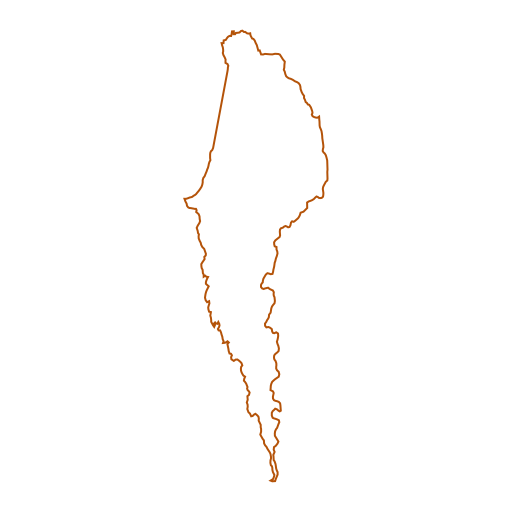 the district of Bandeirantes do Tocantins, Tocantins, Brazil
{"feature_id": "56859067B76010541703685", "entity_name": "Bandeirantes do Tocantins", "entity_type": "district", "adm_level": 2, "iso_a3": "BRA", "parent_name": "Brazil", "parent_adm1": "Tocantins", "projection": "equal_earth", "projection_center": [-48.669, -7.991], "detail": "fine", "context": "isolated", "style": "outline", "palette": "amber", "viewbox_px": 512, "rotation_deg": 0, "n_neighbors": 0, "source": "geoboundaries", "source_scale": "gbopen_adm2", "svg_char_len": 6050}
<svg xmlns="http://www.w3.org/2000/svg" viewBox="0 0 512 512"><path d="M184.5,198.8L185.4,201.4L186.6,203.6L187.0,205.8L188.2,207.4L189.4,208.0L190.8,208.1L192.3,208.4L193.5,208.6L194.7,208.9L196.0,208.9L196.6,210.2L196.2,212.0L197.4,213.0L198.7,214.2L199.5,216.3L199.7,219.1L200.1,221.1L199.3,223.2L197.8,225.5L196.7,227.9L197.7,230.9L198.0,233.0L198.9,234.3L198.6,236.2L198.7,238.4L199.7,240.9L200.7,242.7L201.2,244.9L202.3,247.0L204.2,248.9L205.2,251.8L205.9,253.8L205.7,255.5L204.3,256.9L204.6,259.1L202.4,262.3L201.3,264.1L201.4,266.3L201.7,268.1L202.6,269.8L202.9,273.2L203.7,274.6L203.7,276.7L205.2,275.7L206.3,276.7L208.0,277.0L207.1,278.7L206.3,280.7L205.9,282.2L205.9,283.8L207.2,285.0L208.7,286.3L206.8,290.1L206.2,291.6L205.7,293.3L205.4,294.8L205.0,297.7L205.7,300.3L207.1,302.2L209.1,301.2L209.4,303.4L208.7,305.6L208.2,307.4L208.4,309.3L209.1,311.7L210.9,312.1L210.3,315.6L210.9,317.7L211.2,320.1L211.2,321.8L213.0,325.2L214.2,326.9L215.0,325.0L213.9,323.6L215.1,322.4L216.0,323.4L217.4,323.8L218.3,322.0L219.3,324.0L219.5,325.5L219.0,327.1L217.9,329.0L218.6,330.4L220.1,330.4L221.0,332.4L221.6,334.7L222.3,336.7L222.7,339.2L223.6,341.3L223.0,343.0L224.8,342.8L226.2,342.2L227.5,341.3L228.8,342.5L227.4,344.0L228.4,348.8L228.7,351.0L229.5,353.5L231.0,353.8L231.9,355.3L231.1,357.2L231.4,359.3L233.8,360.9L235.6,359.6L237.4,359.5L238.8,360.5L240.4,361.9L241.5,363.1L242.3,365.4L241.2,366.8L240.9,368.5L241.0,370.6L241.6,372.4L242.3,373.8L243.3,375.5L245.1,376.7L244.2,378.8L243.9,380.7L245.1,382.0L246.2,383.7L247.5,387.0L247.1,388.6L247.7,390.2L248.8,391.2L249.6,392.5L249.0,394.9L247.4,396.2L247.7,399.8L246.8,402.5L247.6,404.7L247.7,406.8L247.3,409.0L248.5,412.3L249.9,413.5L251.2,416.3L252.6,416.0L254.0,414.6L255.4,413.8L257.1,415.2L258.4,416.6L258.8,418.4L258.7,420.7L259.8,423.0L260.7,424.8L260.7,427.3L261.1,428.9L261.1,431.7L260.3,434.6L261.0,435.9L262.7,438.9L263.9,440.4L264.1,443.4L265.1,445.3L266.5,446.9L267.5,448.9L269.8,452.4L270.5,454.0L271.0,456.9L271.0,458.5L270.5,460.3L270.4,462.9L270.9,465.3L271.9,466.2L272.3,467.8L272.4,469.9L272.9,472.0L274.4,475.0L273.7,477.6L272.9,479.2L270.6,480.6L272.3,481.3L275.1,481.1L275.9,478.7L277.6,474.6L277.6,472.1L276.9,470.7L276.2,468.7L275.8,465.8L275.5,464.0L274.6,461.4L273.7,460.1L273.5,456.5L273.3,454.9L274.6,451.9L273.7,449.7L274.0,447.1L275.7,445.9L277.5,443.6L278.4,441.6L277.3,439.7L274.9,435.8L274.8,433.5L275.1,431.3L276.0,429.3L277.1,427.9L278.5,424.0L279.3,422.2L278.9,420.3L277.3,419.5L275.5,418.8L274.0,418.4L272.7,417.8L271.8,415.6L271.8,412.8L272.7,411.1L274.1,409.9L275.2,408.7L276.9,409.3L278.4,410.6L279.7,411.4L280.8,410.7L280.4,405.2L280.1,403.3L278.8,401.9L277.0,401.2L275.3,400.8L274.0,400.2L273.0,398.6L272.9,396.7L273.7,393.0L273.0,391.4L270.5,390.1L270.7,387.6L270.8,385.8L271.3,383.8L272.2,381.8L273.8,380.3L275.1,379.2L278.7,376.7L279.3,374.2L278.6,371.7L277.1,370.4L276.2,368.6L276.2,366.8L276.4,365.2L276.3,363.2L275.6,361.1L274.4,359.5L274.0,357.9L274.1,355.9L274.7,354.6L276.0,353.4L277.3,352.4L278.6,351.0L278.9,348.4L278.3,345.8L277.5,343.9L276.9,341.7L277.5,339.8L277.9,337.9L278.2,335.9L278.0,333.5L276.2,332.3L274.4,333.2L273.1,333.0L272.2,331.6L271.8,329.1L270.2,327.8L268.4,327.0L266.4,327.4L265.1,325.8L265.0,323.6L266.2,322.0L267.1,320.1L268.1,318.7L268.8,317.3L269.1,314.6L270.6,312.7L271.3,308.4L272.0,306.5L273.2,304.8L274.5,303.3L274.9,301.0L274.5,297.2L273.8,295.7L273.6,294.1L273.8,292.2L272.9,290.5L271.4,289.8L269.7,289.0L268.1,287.7L264.8,288.5L263.7,289.0L262.1,288.4L261.0,287.0L261.0,285.0L261.7,283.5L262.7,282.5L262.9,280.7L263.4,278.7L265.8,274.6L267.4,273.2L269.1,273.6L270.7,274.2L272.5,273.9L273.1,271.7L273.4,269.7L273.8,268.1L274.2,266.4L274.7,262.7L275.3,261.1L275.9,258.5L276.8,256.1L277.5,253.5L277.3,251.6L276.5,249.4L276.5,247.0L274.7,246.3L274.2,244.4L274.1,242.3L275.3,240.4L279.6,237.0L280.1,235.4L279.8,231.7L280.0,229.6L280.9,228.3L282.8,227.7L284.1,226.6L285.5,226.0L286.8,226.5L288.1,227.3L289.5,227.0L290.4,225.4L291.0,222.6L292.1,221.3L293.7,221.8L295.0,220.9L298.0,218.3L298.8,217.2L299.8,215.3L300.6,212.7L303.5,211.7L304.7,210.5L307.2,208.0L307.1,202.5L308.8,201.4L310.6,200.8L312.2,200.1L313.9,199.0L315.2,197.6L316.5,196.5L317.8,197.0L318.9,197.9L320.1,198.1L321.7,197.9L323.0,196.7L323.3,195.0L323.4,193.0L323.1,190.9L322.8,189.0L323.1,187.1L323.8,185.5L325.8,181.8L327.3,180.5L327.5,178.6L327.3,171.9L327.5,169.6L327.3,163.1L327.2,160.4L326.5,157.5L325.8,155.2L324.7,153.4L323.6,152.5L322.7,151.0L322.9,149.1L323.4,147.3L323.3,145.1L322.3,138.1L322.2,136.0L321.9,133.4L321.5,131.1L320.8,129.2L319.9,127.2L319.6,125.4L319.5,121.7L319.3,119.7L319.1,116.6L317.5,117.7L316.3,117.7L314.2,117.1L312.6,116.2L311.8,114.6L312.5,112.9L312.2,111.1L310.9,107.4L309.2,104.8L307.9,104.5L306.8,102.8L305.7,102.1L305.0,99.9L304.0,98.0L304.1,95.9L302.6,93.9L301.6,91.9L300.6,89.1L300.4,86.8L300.0,85.1L298.7,83.2L297.0,82.1L295.0,81.3L292.8,79.8L290.7,78.8L288.9,78.3L287.6,77.5L286.2,76.3L285.3,74.0L284.7,71.5L283.8,69.8L284.3,67.6L284.4,64.8L284.8,61.6L283.0,59.5L279.9,54.6L278.4,54.0L275.0,53.8L272.3,54.4L269.8,54.3L265.0,53.9L263.0,54.5L261.1,54.4L259.7,50.4L258.3,50.6L256.8,45.1L255.6,42.8L254.7,40.5L253.4,38.9L252.1,38.5L250.5,35.4L250.2,33.3L248.9,33.6L247.2,33.4L245.2,31.9L244.0,32.0L242.4,30.7L241.0,31.0L239.5,32.5L237.6,32.8L235.9,32.9L235.1,34.2L233.7,34.2L233.8,31.3L232.0,31.4L231.6,34.2L231.1,36.0L229.5,35.9L227.9,36.9L226.9,38.2L225.8,39.9L223.7,40.4L223.5,43.1L221.6,43.1L222.1,45.3L222.8,47.3L223.1,49.2L223.2,51.2L222.8,53.0L223.4,55.0L224.7,57.4L225.6,59.5L225.5,61.0L225.5,62.9L227.5,64.0L228.3,65.8L227.9,67.3L227.8,69.2L227.4,71.7L213.1,148.0L212.2,150.1L210.9,151.3L210.3,152.8L210.1,154.4L210.1,156.1L210.1,158.1L210.4,160.2L209.5,161.8L208.9,163.6L208.5,165.7L208.0,167.7L207.2,169.5L206.6,171.4L205.9,173.0L204.6,176.3L203.4,177.8L202.7,180.0L202.7,182.5L202.3,184.6L201.6,186.6L200.3,188.7L198.8,190.8L197.2,192.7L196.0,194.2L194.8,195.1L193.5,195.8L192.3,196.8L191.1,197.2L189.7,197.5L188.0,198.2L186.2,198.8L184.5,198.8Z" fill="none" stroke="#b45309" stroke-width="2"/></svg>